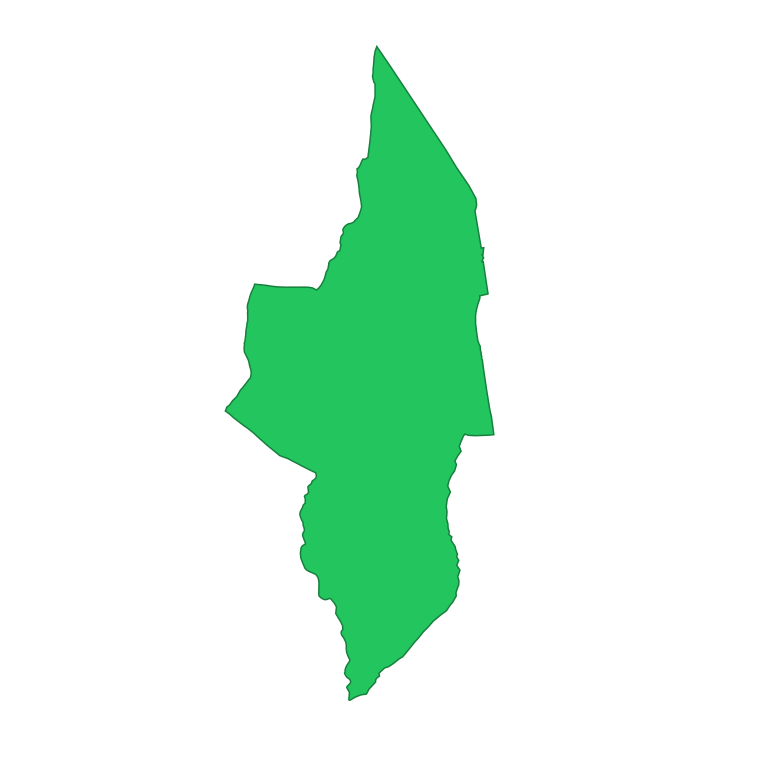 Tenancingo, Tlaxcala, Mexico (Albers equal-area conic projection), rotated 297°
{"feature_id": "50627088B17817736589505", "entity_name": "Tenancingo", "entity_type": "district", "adm_level": 2, "iso_a3": "MEX", "parent_name": "Mexico", "parent_adm1": "Tlaxcala", "projection": "albers", "projection_center": [-98.196, 19.15], "detail": "fine", "context": "isolated", "style": "filled", "palette": "green", "viewbox_px": 768, "rotation_deg": 297, "n_neighbors": 0, "source": "geoboundaries", "source_scale": "gbopen_adm2", "svg_char_len": 4956}
<svg xmlns="http://www.w3.org/2000/svg" viewBox="0 0 768 768"><g transform="rotate(297 384 384)"><path d="M86.8,497.3L88.9,498.6L90.1,499.3L91.6,500.3L93.9,502.2L96.5,504.5L98.2,506.9L99.6,509.0L101.4,509.2L105.0,509.1L114.6,511.8L116.9,510.8L119.0,511.2L121.6,512.6L124.0,510.8L127.9,512.2L131.5,513.6L134.1,516.4L140.3,519.8L145.9,522.2L149.5,524.5L153.8,525.5L157.8,526.4L164.6,527.8L168.3,528.6L173.4,530.0L180.8,531.5L187.6,533.7L195.2,535.6L203.3,539.1L203.6,539.2L210.4,542.6L216.2,543.2L220.8,544.3L227.8,544.6L231.0,542.8L234.8,542.2L239.2,541.7L242.7,540.1L243.2,539.6L243.4,539.5L245.8,537.2L252.6,536.2L255.5,531.1L260.8,530.7L263.0,527.1L265.6,526.8L269.0,523.1L271.5,521.1L275.3,514.5L278.6,513.8L279.3,510.0L282.1,509.2L284.6,506.6L288.6,504.3L292.4,500.8L298.7,498.2L303.1,495.1L310.4,492.5L317.9,492.2L321.8,487.3L321.8,487.2L322.0,487.1L327.3,485.8L333.7,485.6L338.4,486.4L345.0,485.2L347.6,482.1L353.7,482.4L359.1,483.2L362.6,479.4L366.9,478.8L372.9,478.4L375.9,478.7L376.8,483.0L379.3,488.6L382.4,494.2L385.9,500.4L388.7,504.9L404.0,494.3L408.7,490.3L424.2,478.9L440.5,467.3L448.9,461.5L450.0,460.8L451.1,459.4L453.1,458.5L454.1,457.2L455.6,456.7L457.6,454.8L461.6,452.3L462.3,451.0L465.5,447.7L471.3,443.6L479.2,438.3L486.3,434.6L489.2,433.5L494.1,432.2L497.9,431.4L502.7,430.7L504.5,430.3L505.9,429.2L511.5,435.8L538.1,416.8L537.5,415.8L538.3,415.4L541.6,415.5L543.2,413.3L543.2,413.8L545.4,413.0L547.1,412.3L549.1,411.6L550.7,411.0L549.3,408.9L580.0,386.1L581.1,386.4L583.0,385.9L585.3,385.4L591.0,381.7L593.2,378.5L599.4,369.4L609.9,350.2L620.6,332.9L670.2,244.9L681.4,224.4L676.5,225.0L670.5,226.9L666.1,228.8L659.5,231.4L655.8,233.3L653.2,233.9L651.6,235.1L648.3,238.0L647.4,239.6L643.4,241.8L635.9,245.6L628.4,247.5L623.4,249.0L620.2,249.7L616.8,250.7L613.5,252.5L608.1,255.6L602.8,257.8L593.5,261.4L578.5,266.8L575.5,265.0L574.9,263.1L572.4,263.0L568.3,263.4L565.4,263.2L563.3,262.3L560.8,264.1L557.4,265.1L553.1,268.7L547.4,272.7L542.4,275.8L535.9,280.9L531.5,283.7L528.3,284.4L525.3,284.8L520.5,285.4L517.5,284.2L514.6,283.5L513.3,282.6L511.8,281.3L510.8,279.8L508.4,278.2L506.6,277.5L504.4,277.2L502.6,277.4L501.6,278.2L500.2,279.3L498.7,279.4L497.5,279.0L496.7,278.9L495.3,278.9L494.0,279.4L492.4,279.9L489.9,280.7L488.4,282.5L487.4,282.6L486.2,283.1L483.8,283.8L482.7,284.1L481.5,283.1L480.2,282.5L478.0,282.9L477.0,282.8L475.8,283.0L474.3,282.6L472.8,282.0L471.1,281.0L469.8,280.1L468.0,279.9L466.5,279.9L465.4,280.5L464.0,280.9L461.0,281.8L457.2,281.7L454.3,282.4L450.9,283.1L448.3,283.2L443.7,283.1L439.8,282.3L437.0,281.1L437.2,278.0L437.0,276.2L436.3,273.9L435.0,270.8L430.7,262.3L425.9,253.0L422.2,245.1L419.9,238.9L418.4,234.2L414.4,223.9L414.2,223.4L412.8,223.7L412.0,223.9L404.1,224.3L400.0,225.0L397.3,225.6L392.8,226.4L390.0,227.5L387.9,229.1L386.4,229.8L385.0,230.3L383.5,231.3L381.9,232.1L378.3,233.9L375.9,234.4L373.3,235.5L371.2,236.0L368.9,236.8L365.0,238.5L359.3,240.6L356.9,241.0L355.0,242.2L352.8,242.8L349.1,245.1L346.9,248.1L344.0,251.9L342.6,253.4L340.2,255.2L335.1,259.8L332.1,261.3L328.7,262.1L326.7,261.6L321.6,260.7L317.4,259.9L313.2,258.8L312.5,258.8L305.9,258.5L300.5,256.7L295.1,255.9L291.9,254.4L289.1,254.9L287.9,254.9L287.6,256.9L287.0,260.4L286.5,262.3L285.7,265.1L285.2,267.7L284.8,270.0L284.3,272.5L284.0,273.9L283.8,275.2L283.5,277.0L283.2,278.0L283.2,278.7L283.1,279.5L282.7,282.5L282.2,285.0L281.5,288.0L281.4,288.8L281.0,290.6L280.1,293.7L278.8,298.3L278.1,301.0L277.6,303.1L277.0,305.1L276.4,307.5L275.4,312.1L273.7,320.1L272.9,323.5L273.0,324.7L273.1,325.7L273.9,332.0L273.8,337.5L273.8,338.9L273.8,344.0L273.7,346.5L273.7,347.2L273.7,352.0L273.7,356.4L273.7,356.9L273.8,360.4L273.9,363.0L273.9,363.5L271.4,365.5L269.1,366.0L267.0,365.1L265.0,364.1L262.1,364.4L259.3,363.2L257.7,362.9L255.8,364.2L253.3,365.9L251.0,365.6L249.0,364.2L247.7,364.2L245.9,366.0L242.2,367.8L240.8,367.4L239.3,367.0L237.0,367.5L235.1,367.4L232.4,367.4L230.2,367.9L228.2,369.3L225.5,372.3L223.9,374.7L221.1,376.3L219.7,378.0L217.1,379.7L214.5,379.5L212.8,379.8L211.5,380.8L208.7,383.8L206.5,386.3L205.5,386.5L204.4,385.7L202.8,384.8L201.4,384.5L199.7,384.7L195.3,386.3L191.2,388.9L188.1,392.3L183.9,397.3L183.1,399.6L183.0,402.8L183.3,407.0L183.3,409.9L181.7,413.0L180.4,414.2L177.2,416.4L170.2,419.8L167.3,421.2L165.5,422.6L164.7,426.0L164.9,429.1L166.3,431.2L168.1,432.6L168.4,434.1L166.2,439.3L163.7,442.9L157.6,445.2L154.0,450.9L152.4,453.5L149.7,456.9L146.5,458.8L144.7,458.3L143.4,458.5L142.3,459.1L140.6,461.1L139.5,463.4L136.9,466.8L134.7,468.7L131.3,470.4L128.1,472.4L125.7,474.9L123.4,477.8L123.2,478.1L122.8,478.8L121.9,479.1L120.7,479.1L119.5,478.9L118.4,478.9L117.3,478.7L115.9,478.6L115.2,478.7L114.2,478.7L113.6,478.8L112.1,479.0L111.0,479.4L109.9,480.0L108.6,480.1L107.5,481.2L106.3,483.1L105.7,484.8L105.3,487.3L104.7,488.4L103.4,489.5L102.4,489.8L99.5,489.0L97.9,488.4L96.6,488.6L93.6,493.2L88.9,495.1L86.6,496.1L86.8,497.3Z" fill="#22c55e" stroke="#15803d" stroke-width="1.5"/></g></svg>